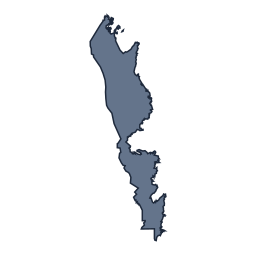 outline of Surigao del Sur, Surigao del Sur, Philippines
{"feature_id": "2640588B11290582279728", "entity_name": "Surigao del Sur", "entity_type": "district", "adm_level": 2, "iso_a3": "PHL", "parent_name": "Philippines", "parent_adm1": "Surigao del Sur", "projection": "equal_earth", "projection_center": [126.233, 8.71], "detail": "fine", "context": "isolated", "style": "filled", "palette": "slate", "viewbox_px": 256, "rotation_deg": 0, "n_neighbors": 0, "source": "geoboundaries", "source_scale": "gbopen_adm2", "svg_char_len": 5911}
<svg xmlns="http://www.w3.org/2000/svg" viewBox="0 0 256 256"><path d="M91.5,54.0L93.5,55.0L93.6,57.0L100.4,66.9L103.1,73.4L105.1,80.0L105.8,87.1L105.5,92.0L105.9,99.0L106.6,105.3L107.9,108.0L111.9,113.2L114.1,123.7L120.9,138.9L118.0,143.3L117.3,143.7L117.3,147.7L120.1,148.1L120.8,152.3L119.6,153.3L119.0,157.9L121.3,162.7L123.1,165.3L125.1,165.7L124.0,168.0L125.9,171.1L128.0,172.2L129.3,173.4L130.9,177.4L130.4,183.1L138.3,188.1L134.7,192.1L136.6,194.2L133.6,197.2L134.9,200.1L135.7,200.0L135.5,200.9L136.8,201.5L136.5,202.2L137.1,201.9L136.7,203.0L137.0,202.7L137.3,203.4L137.6,203.0L138.2,203.4L138.8,204.5L139.0,204.0L139.7,204.9L142.3,210.3L142.3,220.7L145.1,220.6L145.1,221.7L143.7,223.0L144.4,225.1L141.9,227.4L141.3,229.0L154.4,228.8L154.4,238.6L154.9,240.2L156.2,240.6L156.7,237.4L158.1,235.6L159.8,235.1L160.3,235.6L162.0,232.0L162.5,232.2L163.1,231.0L163.9,231.3L164.0,230.7L164.8,230.7L163.8,230.1L163.4,230.8L162.8,230.0L161.2,231.4L161.7,229.8L161.1,229.9L161.2,229.6L161.4,229.5L161.3,229.4L160.5,229.7L160.7,228.9L160.2,228.6L160.2,227.7L160.7,227.7L160.9,226.9L161.6,227.4L161.9,226.8L161.1,226.1L160.9,224.4L161.8,221.9L160.9,221.6L161.4,220.9L161.9,221.3L161.7,220.2L162.5,219.0L163.1,216.5L163.5,216.5L163.9,215.5L164.9,215.9L164.8,215.2L165.1,215.1L164.4,214.6L163.2,214.9L162.3,213.2L162.6,212.5L163.1,212.8L163.8,211.2L163.3,209.0L163.5,208.1L163.0,206.9L163.5,205.9L164.3,205.5L164.4,203.1L163.7,200.5L164.4,199.5L164.0,198.9L164.2,198.2L165.0,197.5L164.4,196.6L165.1,195.9L165.8,196.2L165.5,194.2L164.8,194.5L163.6,194.0L163.0,195.5L159.8,198.1L158.8,199.9L157.4,201.0L157.1,200.1L157.2,201.1L156.3,201.3L156.1,200.8L155.8,201.8L155.6,201.2L154.9,201.3L154.6,202.3L153.6,203.0L152.5,202.1L150.8,197.3L150.2,198.2L149.8,198.1L151.1,195.2L153.0,193.3L154.1,193.1L156.0,190.7L156.1,189.8L157.7,187.4L157.2,186.0L156.7,186.2L156.9,185.2L155.8,185.1L155.6,184.5L154.5,185.0L152.2,184.4L151.7,181.9L153.0,181.4L152.2,181.2L152.0,180.5L152.5,180.2L151.7,180.0L151.9,179.6L150.9,178.9L151.1,178.2L153.0,177.1L153.0,176.4L153.8,177.4L153.7,176.1L154.8,176.6L155.0,174.0L156.4,173.3L156.4,171.5L157.4,170.8L156.7,169.7L156.8,167.6L155.7,168.5L154.0,168.1L155.0,166.1L154.6,165.3L155.3,164.2L154.9,163.8L155.6,163.2L154.7,162.1L155.0,161.9L155.6,162.7L156.3,162.0L155.6,161.8L156.4,161.7L156.7,161.9L156.5,162.5L156.9,162.7L159.3,162.5L158.4,161.9L159.0,160.9L157.8,160.3L158.5,158.9L159.3,158.9L158.3,157.5L158.3,156.1L154.3,155.1L155.7,152.5L155.4,151.5L154.7,151.0L153.3,151.8L153.0,152.6L153.6,152.8L152.9,153.7L152.6,153.6L152.5,152.8L151.5,152.6L150.7,153.4L150.7,152.5L150.3,152.4L147.7,153.7L147.0,152.4L145.0,150.7L142.7,151.0L139.1,149.6L137.0,150.4L137.1,151.3L139.3,152.1L139.8,151.9L140.0,152.8L140.0,152.4L141.1,153.1L141.3,154.1L140.6,154.1L140.4,154.7L137.7,154.1L134.6,152.0L134.1,152.1L134.7,153.1L134.2,152.8L134.6,153.5L134.1,153.2L133.5,153.9L132.3,153.7L131.9,153.2L132.3,153.4L132.5,153.3L132.1,152.6L130.2,151.8L130.0,149.3L129.1,148.4L129.3,147.5L130.2,147.3L130.5,146.1L125.9,142.0L127.5,140.3L127.5,137.1L128.3,137.1L128.2,136.5L128.6,136.3L129.7,136.3L130.2,135.4L130.7,135.9L131.0,134.7L132.0,134.4L131.6,133.5L135.4,132.1L137.1,129.5L138.9,129.9L139.8,130.6L143.1,130.1L143.0,129.4L141.8,129.6L140.9,128.2L140.3,128.4L139.7,127.9L139.8,124.6L141.2,123.2L141.8,123.8L142.4,123.7L142.7,122.5L142.2,122.0L142.5,120.5L143.4,120.2L144.1,119.0L144.3,119.8L145.4,118.8L147.8,119.1L148.5,117.6L149.2,117.7L149.1,114.3L149.5,114.6L149.7,113.3L151.1,112.7L151.9,111.6L151.2,110.6L150.5,110.4L150.5,109.8L152.6,109.4L151.4,105.2L150.8,105.3L150.5,104.2L149.7,103.7L150.3,102.5L150.8,102.5L150.5,102.1L150.8,101.6L151.6,101.4L151.3,99.2L151.6,98.2L151.3,97.9L150.2,98.7L150.1,97.3L149.3,97.0L149.3,98.0L148.8,98.1L148.0,97.1L148.3,96.2L149.7,96.3L150.1,95.8L149.7,93.0L147.9,91.0L147.8,90.1L147.3,90.1L147.0,91.3L145.9,91.0L146.4,89.1L145.7,88.9L142.8,84.5L142.4,84.7L142.9,85.2L142.2,85.5L140.9,84.1L141.2,83.6L142.1,84.7L142.4,84.2L139.6,79.5L139.0,77.7L139.4,76.7L138.6,76.4L138.4,74.3L137.8,74.8L138.1,73.9L137.6,74.5L137.8,75.6L136.4,75.4L135.1,74.5L134.0,71.8L134.9,67.5L135.6,66.1L135.8,64.2L136.2,63.9L136.0,62.5L135.6,62.1L136.3,59.5L135.7,57.9L136.2,57.3L136.1,56.1L136.9,55.5L136.2,53.1L136.4,51.9L137.7,49.8L137.4,49.2L138.1,48.3L137.6,47.7L137.4,45.7L138.1,45.5L138.4,44.4L139.1,44.1L139.1,43.2L138.6,42.8L137.8,43.2L137.2,42.2L136.4,42.6L136.2,43.4L136.1,42.7L135.4,43.1L135.2,42.7L133.7,45.6L132.6,46.4L131.0,49.2L127.7,51.6L126.4,52.1L125.5,51.8L123.2,53.5L120.0,50.1L115.6,40.9L115.8,38.7L115.4,38.4L115.8,38.0L114.6,36.8L114.3,34.8L114.6,33.4L116.0,32.8L115.5,31.2L116.0,29.3L115.3,29.4L114.3,30.7L114.2,32.9L111.1,34.0L110.1,33.1L109.9,32.0L110.2,32.0L110.7,31.8L109.9,31.8L109.9,31.4L110.2,31.5L110.3,31.4L110.1,30.5L109.5,31.6L108.6,31.6L108.4,30.0L106.6,28.4L106.7,28.1L106.7,27.9L106.5,28.4L106.0,27.9L106.2,25.8L107.5,24.9L108.1,25.2L108.5,24.2L109.2,24.6L109.1,23.6L109.6,23.4L109.3,23.9L109.9,24.5L111.0,23.4L111.5,24.4L112.4,23.9L113.0,22.8L112.7,22.3L111.9,22.3L113.2,19.6L113.3,18.5L111.8,17.8L112.1,19.9L111.6,20.5L110.8,19.2L110.7,21.2L111.6,23.1L111.3,23.3L110.0,21.9L109.6,19.4L108.5,19.2L109.1,17.8L108.5,16.2L107.5,15.4L107.9,16.6L107.6,17.0L106.5,16.1L105.8,16.1L105.4,16.8L105.0,16.1L104.5,17.0L104.5,20.1L103.0,20.3L103.1,21.1L100.2,25.1L90.2,41.5L90.3,46.1L91.2,48.6L91.5,54.0ZM118.6,25.5L117.5,26.3L116.4,28.3L117.6,27.8L118.2,28.4L117.6,28.8L118.7,29.5L118.3,28.9L118.7,28.8L118.3,28.7L118.5,27.9L119.9,28.1L119.9,26.8L118.6,25.5ZM110.6,27.5L108.4,27.8L109.0,28.1L108.9,29.1L109.9,28.1L110.5,28.6L110.3,29.3L109.6,29.2L109.6,29.5L110.9,29.1L111.1,28.8L110.6,27.5ZM123.3,30.1L122.2,31.0L121.9,31.7L123.0,31.3L123.3,30.1ZM108.3,27.1L107.9,27.3L107.6,28.2L108.3,27.7L108.3,27.1ZM117.1,32.6L116.7,33.0L116.7,33.6L117.2,33.6L117.1,32.6ZM137.9,54.1L137.5,53.5L137.4,53.6L137.9,54.1Z" fill="#64748b" stroke="#1e293b" stroke-width="1.5"/></svg>